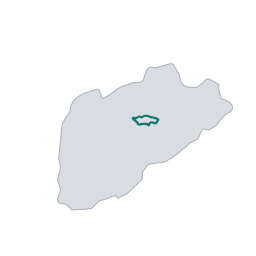 Chhume, Bumthang, Bhutan (highlighted), rotated 326°
{"feature_id": "84629894B49965990869274", "entity_name": "Chhume", "entity_type": "district", "adm_level": 2, "iso_a3": "BTN", "parent_name": "Bhutan", "parent_adm1": "Bumthang", "projection": "mercator", "projection_center": [90.767, 27.465], "detail": "fine", "context": "in_parent", "style": "outline", "palette": "teal", "viewbox_px": 256, "rotation_deg": 326, "n_neighbors": 0, "source": "geoboundaries", "source_scale": "gbopen_adm2", "svg_char_len": 4701}
<svg xmlns="http://www.w3.org/2000/svg" viewBox="0 0 256 256"><g transform="rotate(326 128 128)"><path d="M200.6,111.2L200.3,112.7L198.6,116.7L197.5,121.1L198.4,124.8L202.2,129.1L207.2,132.5L213.7,132.7L219.6,131.4L222.0,132.0L225.2,137.7L227.5,142.7L224.4,147.8L222.7,152.2L222.0,155.4L222.4,156.8L224.3,159.4L226.6,163.7L226.9,167.8L225.5,170.4L222.4,171.8L219.2,171.4L216.5,171.4L213.1,171.9L207.9,173.4L203.0,175.3L193.8,174.9L190.1,171.0L188.4,170.9L180.1,176.1L171.0,175.2L154.4,176.9L147.5,177.3L140.4,176.7L136.8,175.6L130.2,172.0L124.1,169.4L118.0,171.8L115.8,172.2L110.9,178.4L100.2,180.5L89.5,182.0L86.4,181.1L80.4,180.8L80.1,179.3L80.3,177.9L78.9,176.8L76.5,175.7L72.3,175.2L66.9,173.6L63.8,172.2L52.9,174.3L46.5,171.1L39.3,166.6L35.6,164.6L34.3,157.7L33.0,155.5L30.1,153.1L28.5,150.3L29.8,147.5L37.0,142.2L37.6,140.9L41.0,131.0L45.6,127.4L50.2,122.4L53.6,114.4L60.3,106.3L67.6,97.8L72.7,91.0L76.0,87.8L82.9,84.3L88.7,82.3L92.7,77.7L97.5,75.2L102.4,74.0L109.8,74.6L116.7,76.3L124.3,78.6L125.1,80.4L124.5,83.7L123.4,87.0L123.4,88.7L124.5,89.6L131.9,90.2L141.0,89.7L146.1,90.2L157.5,93.2L160.8,95.4L164.3,97.0L167.7,96.7L171.9,93.2L176.5,90.2L179.3,89.7L181.3,90.7L184.9,93.6L192.4,96.2L199.0,98.3L201.2,100.2L200.5,108.4L200.6,111.2Z" fill="#d9dde1" stroke="#a8b0b8" stroke-width="1"/><path d="M137.4,122.6L137.4,123.0L137.4,123.3L137.4,123.6L137.5,123.8L137.5,124.0L137.4,124.1L137.5,124.2L137.5,124.3L137.6,124.6L137.8,124.9L137.8,125.0L137.9,125.3L138.0,125.4L137.9,125.5L138.0,125.8L138.0,126.0L138.1,126.3L138.3,126.5L138.4,126.8L138.5,126.8L138.5,127.1L138.4,127.2L138.4,127.3L138.4,127.6L138.5,127.7L138.6,127.8L138.6,128.1L138.7,128.3L138.8,128.4L138.9,128.5L138.8,128.9L138.8,129.1L139.0,129.5L138.9,129.6L138.7,129.7L138.5,129.9L138.4,129.9L138.4,130.0L138.5,130.1L138.6,130.3L138.6,130.5L138.6,130.8L138.8,131.1L138.9,131.3L139.0,131.4L139.1,131.5L139.5,131.8L139.9,131.9L140.1,131.9L140.3,131.8L140.7,131.8L140.8,131.8L141.2,131.9L141.4,132.0L141.5,132.1L141.4,132.3L141.5,132.5L141.7,132.8L141.9,132.9L142.1,133.0L142.3,133.0L142.5,133.1L143.3,133.2L143.5,133.5L143.8,133.7L144.3,133.7L144.4,133.8L144.4,134.0L144.5,134.1L144.7,134.4L144.8,134.4L144.8,134.6L145.1,134.6L145.4,134.8L145.6,135.0L145.7,135.3L145.8,135.3L145.8,135.5L145.9,135.8L146.1,135.8L146.3,135.8L146.3,136.0L146.5,136.2L146.5,136.3L146.6,136.2L146.8,136.3L147.0,136.3L147.0,136.5L147.1,136.9L147.2,137.0L147.3,137.2L147.5,137.1L147.8,136.9L147.9,136.7L148.0,136.5L148.1,136.4L148.3,136.3L148.7,136.2L148.8,136.1L149.0,136.2L149.4,136.1L149.6,136.1L149.8,136.1L150.1,136.2L150.3,136.2L150.5,136.2L150.6,136.3L150.8,136.4L150.9,136.5L151.0,136.7L151.2,137.0L151.3,137.1L151.5,137.2L151.7,137.3L151.8,137.4L151.9,137.5L152.0,137.6L151.9,137.7L151.9,137.8L151.9,138.0L152.0,138.1L152.1,138.3L152.3,138.5L152.5,138.8L152.9,139.0L153.0,139.3L153.3,139.4L153.5,139.2L153.8,139.2L154.1,139.1L154.3,139.1L154.4,139.3L154.5,139.4L154.6,139.6L154.8,139.6L155.0,139.5L155.1,139.4L155.3,139.2L155.5,139.0L155.7,138.9L155.8,138.8L155.9,138.7L156.1,138.7L156.3,138.6L156.6,138.5L156.8,138.5L157.1,138.5L157.3,138.5L157.5,138.5L157.6,138.4L157.7,138.2L157.8,138.0L157.8,137.9L157.8,137.7L157.7,137.6L157.6,137.4L157.5,137.2L157.4,137.0L157.4,136.9L157.3,136.6L157.2,136.4L157.2,136.2L156.9,136.1L156.8,135.8L156.7,135.7L156.6,135.4L156.4,135.4L156.2,135.3L156.2,135.1L156.0,134.9L155.9,134.9L155.7,134.9L155.6,134.7L155.5,134.4L155.4,134.3L155.2,134.1L155.2,133.9L155.1,133.7L154.9,133.5L154.8,133.3L154.7,133.2L154.4,133.0L154.2,133.0L154.1,132.9L153.9,132.8L153.9,132.7L153.7,132.6L153.7,132.4L153.5,132.2L153.4,132.2L153.2,132.1L153.0,131.9L152.8,131.8L152.8,131.7L152.9,131.4L152.8,131.2L152.7,131.1L152.3,131.0L152.2,130.8L152.2,130.7L152.1,130.4L152.0,130.2L151.9,130.1L151.7,129.9L151.7,129.7L151.4,129.6L151.2,129.4L151.2,129.1L151.0,128.9L150.9,128.9L150.8,128.7L150.7,128.7L150.4,128.5L150.3,128.3L150.1,128.1L149.9,127.9L149.6,127.9L149.4,127.7L149.2,127.6L149.0,127.4L148.8,127.4L148.6,127.3L148.2,127.2L147.9,127.1L147.7,127.0L147.5,126.9L147.4,126.9L147.2,126.9L146.8,126.8L146.3,126.9L146.2,126.9L145.7,126.8L145.4,126.8L145.2,126.8L145.2,126.7L144.9,126.3L144.7,126.2L144.5,125.9L144.4,125.8L144.3,125.5L144.2,125.4L144.0,125.1L143.9,124.9L143.6,124.7L143.4,124.6L143.2,124.6L142.9,124.5L142.7,124.5L142.4,124.5L142.2,124.5L141.9,124.6L141.7,124.6L141.3,124.5L141.3,124.4L141.0,124.3L140.9,124.4L140.5,124.4L140.4,124.4L140.2,124.4L140.0,124.2L139.9,124.1L139.7,124.0L139.7,123.9L139.6,123.7L139.3,123.5L139.2,123.4L139.0,123.2L138.9,123.2L138.7,122.9L138.6,122.7L138.3,122.4L138.1,122.4L137.9,122.4L137.8,122.5L137.7,122.6L137.4,122.6L137.4,122.6Z" fill="none" stroke="#0f766e" stroke-width="2"/></g></svg>